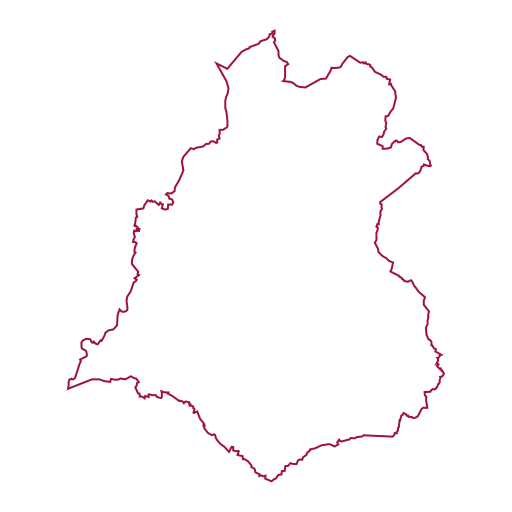 outline of Borabue, Maha Sarakham, Thailand
{"feature_id": "78962969B23742076953899", "entity_name": "Borabue", "entity_type": "district", "adm_level": 2, "iso_a3": "THA", "parent_name": "Thailand", "parent_adm1": "Maha Sarakham", "projection": "natural_earth1", "projection_center": [103.135, 16.006], "detail": "fine", "context": "isolated", "style": "outline", "palette": "rose", "viewbox_px": 512, "rotation_deg": 0, "n_neighbors": 0, "source": "geoboundaries", "source_scale": "gbopen_adm2", "svg_char_len": 6015}
<svg xmlns="http://www.w3.org/2000/svg" viewBox="0 0 512 512"><path d="M425.0,297.2L418.9,292.0L413.7,285.0L412.6,282.3L410.9,280.2L407.9,281.8L404.1,280.9L403.9,280.0L402.2,279.2L402.2,278.2L399.4,276.7L399.4,276.1L390.5,271.5L391.6,269.1L393.1,262.5L389.2,261.0L386.1,258.1L382.3,255.9L378.6,252.2L377.8,248.4L374.8,242.8L376.5,239.9L376.4,233.0L377.6,230.1L377.8,227.4L376.4,226.7L377.4,224.0L378.7,224.3L378.7,221.9L380.6,214.9L380.3,214.1L380.5,211.2L382.0,209.0L381.5,207.0L381.7,204.4L380.2,203.6L380.1,202.1L397.8,188.7L415.9,173.2L417.3,173.6L418.9,172.8L420.3,170.9L421.6,166.7L423.7,165.9L423.9,164.5L428.4,166.0L430.2,166.1L430.9,165.6L430.3,164.7L429.6,160.9L427.7,158.9L427.9,156.6L426.9,153.8L423.4,150.0L423.7,146.7L422.0,146.8L421.1,145.1L419.6,145.0L409.6,137.9L405.7,138.6L401.5,141.6L399.3,142.2L398.1,142.3L396.9,140.7L395.4,140.6L394.9,141.6L394.4,141.6L392.0,143.8L390.9,147.4L387.4,148.6L382.7,148.8L382.6,146.1L377.3,143.8L377.4,140.3L379.1,136.5L382.0,137.0L383.7,134.1L383.9,132.1L386.3,128.5L385.5,126.9L386.3,123.4L385.3,120.6L385.6,116.3L388.0,116.1L390.8,111.3L393.2,108.6L395.9,98.0L395.1,91.2L391.1,85.0L391.1,84.0L389.2,84.3L390.1,79.5L386.7,78.8L386.3,76.8L383.6,76.8L380.9,74.6L374.9,71.8L372.0,67.5L370.2,66.5L370.3,65.0L369.2,64.3L366.7,64.1L365.6,62.4L364.6,63.3L363.8,63.4L363.4,62.3L360.2,62.7L350.0,55.9L347.7,57.0L342.5,63.6L340.8,66.7L339.6,67.5L334.2,68.1L331.6,67.7L330.6,70.7L325.9,78.6L320.5,79.0L305.3,87.5L299.3,86.8L296.1,85.5L293.5,83.2L290.4,81.9L283.1,81.1L284.6,79.1L285.1,77.0L285.1,66.3L288.2,64.1L286.6,61.8L284.0,61.1L279.3,57.7L278.6,55.6L278.5,51.1L273.9,42.2L275.2,40.6L274.9,38.2L272.8,37.0L272.5,36.3L274.6,33.5L274.6,30.7L272.2,31.7L272.3,33.5L269.6,34.3L269.2,36.5L267.1,39.1L260.1,41.4L259.4,43.0L258.1,44.0L249.6,47.1L249.3,48.3L246.2,49.3L241.6,51.8L227.3,68.8L216.5,63.4L226.5,81.3L228.5,88.2L227.6,93.9L226.2,96.7L225.3,100.6L225.3,108.4L226.4,111.4L227.5,121.8L227.4,126.4L226.9,127.3L222.8,129.9L219.6,129.9L219.7,133.8L218.8,135.7L219.6,138.5L217.2,139.5L217.2,142.5L216.2,143.0L213.3,141.3L210.8,141.4L209.0,143.8L206.1,143.9L203.1,146.5L196.3,147.7L194.0,149.1L190.8,148.2L183.4,156.8L181.8,161.3L183.4,170.5L179.2,180.2L174.9,187.5L174.6,191.1L171.3,193.5L167.2,193.1L166.0,194.5L168.5,195.9L169.4,198.7L172.2,199.5L173.3,202.7L172.4,203.6L172.1,204.7L168.2,204.5L167.8,208.9L165.2,209.6L161.8,208.3L162.9,204.5L161.8,204.3L160.2,202.5L158.8,204.9L154.6,201.3L152.5,201.8L151.5,200.5L150.2,201.5L147.8,200.3L144.4,205.1L143.4,208.4L136.5,209.5L136.4,213.9L137.3,216.8L135.9,217.6L135.1,223.6L134.4,225.7L135.5,226.3L135.8,225.7L137.7,227.3L136.9,228.8L139.5,229.0L139.0,231.0L136.7,230.7L135.9,231.3L134.2,230.6L133.8,231.6L133.9,234.1L134.9,237.0L133.5,239.4L133.1,241.9L135.3,242.2L136.7,243.2L134.9,247.6L134.3,251.7L135.6,252.6L133.8,255.0L132.5,258.2L131.8,262.6L132.1,264.3L138.1,271.6L137.6,274.2L139.0,275.0L134.6,278.3L136.7,279.7L136.1,280.8L133.6,282.7L130.6,291.6L127.2,296.7L126.5,300.6L127.5,308.5L127.3,309.9L126.1,311.1L123.7,311.9L121.6,311.5L119.6,309.4L117.7,314.6L117.0,325.4L113.4,329.4L108.5,330.4L105.5,332.6L104.5,335.6L101.6,340.9L100.6,340.3L97.7,344.3L95.8,343.8L93.7,341.6L93.2,342.7L91.7,342.4L90.2,339.2L86.1,338.8L82.8,340.5L81.4,342.5L81.6,347.8L82.4,348.9L85.5,350.4L86.3,351.5L86.9,354.3L86.6,356.3L80.1,359.5L80.9,361.2L79.7,363.4L75.5,376.6L74.7,378.4L73.3,379.3L72.1,379.4L71.5,378.7L69.4,379.5L68.5,382.8L68.7,385.5L68.0,388.8L92.1,379.3L99.6,379.4L104.7,381.2L110.2,381.9L111.0,378.9L114.7,379.7L117.8,379.7L120.5,378.5L125.4,379.3L130.8,376.3L134.7,378.4L136.1,378.5L138.8,382.1L137.0,383.1L136.6,385.8L135.3,387.3L138.0,393.4L139.6,393.6L139.7,396.6L142.0,396.5L144.6,398.3L145.2,396.0L148.6,397.0L148.5,394.5L149.7,394.4L152.0,395.2L155.7,395.1L157.1,397.1L161.0,398.0L161.9,396.8L161.9,393.0L161.4,391.3L164.3,392.3L168.3,392.5L167.7,393.5L172.4,396.0L179.4,401.1L180.0,400.7L182.5,401.4L183.7,403.0L183.9,402.4L184.7,402.5L184.9,401.9L186.3,401.5L189.4,402.4L189.1,404.0L190.5,404.4L189.8,405.7L192.7,406.1L193.3,406.6L193.2,408.0L194.5,409.2L193.5,412.7L194.1,413.0L197.2,411.4L200.1,418.9L204.1,423.8L204.4,424.7L203.7,424.5L203.3,425.7L204.4,426.0L204.3,428.4L207.8,432.8L211.9,435.2L214.2,434.3L215.0,434.9L215.9,438.1L217.3,440.4L220.8,444.3L224.0,446.4L229.1,451.9L231.6,446.8L233.2,447.0L233.2,450.4L235.8,451.2L238.3,450.9L238.8,451.4L237.5,455.0L242.5,456.1L243.0,459.2L244.8,459.2L248.1,461.4L251.6,465.6L251.3,467.0L254.6,468.8L255.4,472.3L259.3,474.2L259.3,476.1L261.1,475.3L263.1,476.3L265.5,475.7L265.2,478.6L271.5,481.3L274.2,479.1L275.6,478.7L278.3,474.9L281.4,474.5L281.9,471.0L284.7,470.9L285.4,466.1L288.0,465.9L290.5,463.1L292.7,463.9L296.5,464.1L297.9,460.6L299.8,459.5L302.3,459.7L302.8,457.5L306.5,454.8L307.2,452.7L310.1,450.4L310.2,449.3L314.9,448.4L321.5,445.3L328.7,444.2L330.6,444.5L334.6,446.5L338.3,444.4L337.2,442.4L339.1,439.7L340.1,441.3L341.7,441.4L349.5,439.4L351.0,437.9L354.7,438.4L356.7,437.1L362.1,436.5L363.5,435.3L392.6,436.6L394.5,434.5L394.7,433.1L396.7,433.2L396.4,432.3L397.9,430.6L398.2,427.7L398.8,427.2L399.6,420.2L400.1,420.4L401.4,415.4L402.8,414.8L403.5,413.0L406.0,414.2L406.6,415.6L408.1,415.6L408.1,416.4L408.7,416.8L411.9,417.0L412.6,417.8L413.9,418.1L416.5,417.2L417.8,416.2L421.5,409.2L423.0,407.8L427.3,407.8L426.0,399.6L426.4,397.1L424.8,395.1L424.6,392.0L430.0,391.8L430.6,391.6L430.8,390.5L432.8,389.1L434.6,389.4L435.9,388.6L436.2,387.6L437.0,387.3L438.2,384.0L438.8,383.9L439.7,382.3L439.6,380.1L440.6,377.5L440.2,376.8L442.2,376.4L444.0,373.9L442.3,370.6L441.6,370.8L440.7,368.5L440.0,369.1L437.1,366.3L438.2,364.8L437.7,364.8L438.0,364.1L437.4,363.0L436.7,363.4L438.0,360.9L438.1,359.2L437.4,358.0L438.2,358.0L439.6,356.4L439.6,355.5L441.4,354.8L435.4,351.5L435.9,349.3L433.9,348.3L432.4,345.4L431.4,345.3L431.5,341.9L430.0,340.0L428.5,339.3L426.5,334.7L425.9,327.8L427.6,324.1L427.5,320.6L428.5,316.7L428.1,316.4L428.2,314.5L429.0,311.4L423.8,304.9L423.8,300.6L425.0,297.2Z" fill="none" stroke="#9f1239" stroke-width="2"/></svg>